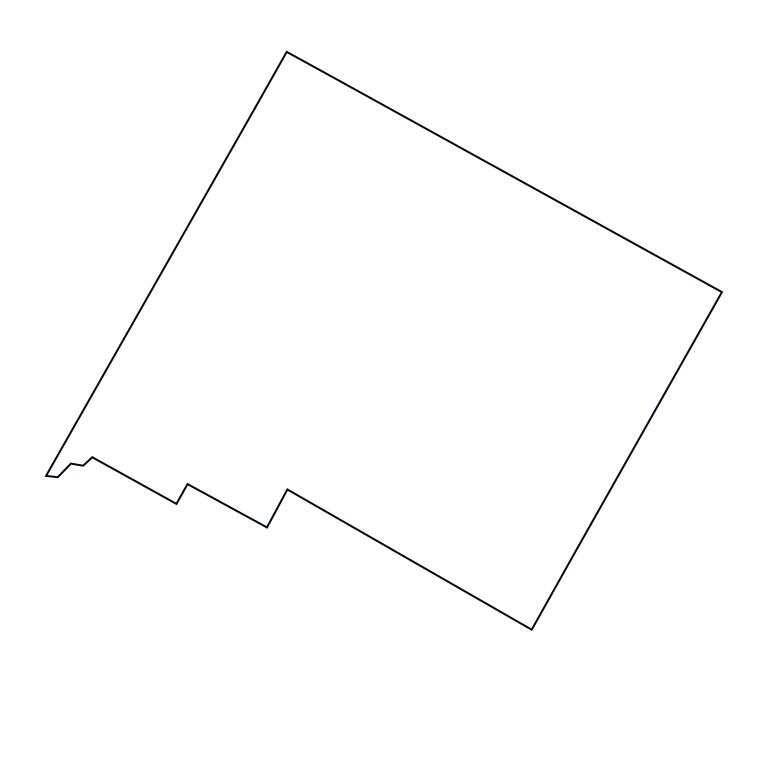 Brooks, Texas, United States of America (Robinson projection), rotated 299°
{"feature_id": "52423323B9714616989875", "entity_name": "Brooks", "entity_type": "district", "adm_level": 2, "iso_a3": "USA", "parent_name": "United States of America", "parent_adm1": "Texas", "projection": "robinson", "projection_center": [-98.343, 27.023], "detail": "fine", "context": "isolated", "style": "outline", "palette": "ink", "viewbox_px": 768, "rotation_deg": 299, "n_neighbors": 0, "source": "geoboundaries", "source_scale": "gbopen_adm2", "svg_char_len": 382}
<svg xmlns="http://www.w3.org/2000/svg" viewBox="0 0 768 768"><g transform="rotate(299 384 384)"><path d="M409.1,135.8L151.6,133.1L139.8,133.0L144.3,143.8L162.6,148.8L166.7,160.5L178.5,164.3L178.5,260.6L201.2,260.7L201.8,351.2L244.9,350.6L240.7,632.3L331.0,632.7L628.2,635.0L627.5,190.9L627.3,137.9L563.5,137.4L409.1,135.8Z" fill="none" stroke="#020617" stroke-width="2"/></g></svg>